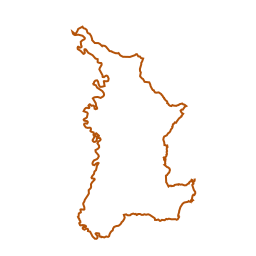 Paicol, Huila, Colombia, rotated 263°
{"feature_id": "7082276B2042357516453", "entity_name": "Paicol", "entity_type": "district", "adm_level": 2, "iso_a3": "COL", "parent_name": "Colombia", "parent_adm1": "Huila", "projection": "albers", "projection_center": [-75.733, 2.405], "detail": "fine", "context": "isolated", "style": "outline", "palette": "amber", "viewbox_px": 256, "rotation_deg": 263, "n_neighbors": 0, "source": "geoboundaries", "source_scale": "gbopen_adm2", "svg_char_len": 5736}
<svg xmlns="http://www.w3.org/2000/svg" viewBox="0 0 256 256"><g transform="rotate(263 128 128)"><path d="M156.6,165.5L157.6,165.1L159.6,162.8L159.6,160.5L159.9,159.3L161.2,158.5L162.3,158.2L162.7,157.2L163.9,156.6L166.9,155.5L168.4,155.4L170.7,154.7L171.8,150.1L174.8,148.9L175.4,148.0L177.5,146.5L178.0,146.3L181.6,147.5L183.0,146.9L185.1,147.0L189.5,148.9L191.0,149.1L192.4,150.2L195.1,151.5L195.8,149.5L197.5,148.5L197.8,147.0L200.2,145.8L200.2,144.9L199.4,143.7L198.3,138.6L199.3,131.7L201.0,129.2L203.5,127.8L203.3,127.4L203.8,124.7L205.5,121.5L206.1,121.1L206.6,119.1L211.3,116.1L212.3,115.0L212.9,112.8L212.4,112.3L215.0,110.2L215.9,108.8L216.4,105.4L219.6,103.1L220.8,103.2L223.8,102.6L226.3,101.4L226.7,100.3L227.6,99.4L230.5,98.9L231.8,97.6L232.2,96.5L233.0,95.6L234.1,95.2L232.4,90.7L230.0,89.3L228.2,87.7L228.0,87.1L228.2,86.5L230.2,84.6L228.3,84.9L227.1,86.0L226.7,86.8L226.7,90.0L225.1,94.1L222.9,96.0L222.3,96.1L221.4,95.6L220.6,93.4L219.3,91.6L216.1,91.5L215.1,91.9L214.2,91.8L213.8,91.2L213.6,90.0L214.7,88.8L214.7,88.2L213.7,87.7L212.4,87.8L210.3,90.4L207.0,92.8L207.0,93.2L207.8,94.3L210.8,94.2L211.4,94.5L211.3,95.5L210.9,95.9L207.5,97.7L204.6,101.7L200.9,104.2L200.0,106.3L197.2,105.9L196.6,106.4L196.1,107.6L195.7,109.4L195.2,109.6L193.9,109.5L190.8,107.2L189.7,106.7L183.2,109.2L182.0,109.0L181.7,109.1L181.4,110.3L182.5,112.2L182.6,113.2L181.8,114.1L179.3,114.8L177.3,114.1L177.0,113.5L177.0,111.9L177.5,110.0L177.3,109.7L172.5,109.9L172.1,107.2L172.2,105.5L172.6,105.0L175.0,104.2L177.8,103.9L179.1,103.1L179.0,101.4L178.1,100.2L176.3,99.4L176.2,99.0L175.4,99.1L174.3,101.3L171.8,102.3L167.8,107.0L165.6,108.2L164.0,108.3L163.2,108.0L162.4,107.2L161.2,104.5L162.5,101.7L162.6,99.0L162.3,97.7L161.7,96.7L156.6,99.0L153.5,99.1L151.7,99.8L151.0,99.7L150.6,98.2L151.2,97.2L153.7,97.2L154.6,96.1L154.5,94.5L156.2,93.0L155.9,92.3L155.1,91.5L153.4,92.2L152.6,91.9L152.5,91.3L153.1,89.7L153.0,88.6L152.2,87.4L150.1,86.0L148.3,89.4L147.2,89.8L143.6,88.5L142.9,87.4L142.3,85.6L141.6,85.0L140.6,85.5L139.7,88.4L139.0,88.8L138.2,88.7L137.3,87.8L137.8,86.6L137.6,85.2L136.7,84.8L135.7,85.1L133.7,86.3L133.0,88.0L133.0,90.2L132.2,91.1L130.8,91.0L129.7,90.3L128.8,91.0L127.8,93.3L126.9,93.4L125.7,92.9L124.7,93.1L124.6,93.9L126.5,95.5L126.6,95.9L123.9,98.2L123.4,98.0L123.1,96.9L123.7,95.1L123.6,93.9L120.3,91.4L119.4,91.5L118.3,92.6L118.4,94.1L119.4,95.4L121.5,95.8L121.8,97.5L121.2,99.1L119.9,99.4L119.1,98.9L118.2,97.0L116.5,95.8L114.0,97.1L112.3,97.0L111.0,95.6L110.0,93.0L108.3,93.0L104.8,95.3L103.5,95.6L101.8,94.5L100.9,93.4L100.0,90.3L98.4,88.9L97.1,88.4L95.9,88.6L95.2,90.0L96.7,92.3L97.1,94.0L96.7,94.5L93.8,92.3L93.0,92.2L90.1,91.1L88.9,89.4L86.5,88.6L84.5,86.5L83.2,85.7L82.5,86.0L81.7,88.5L80.8,88.6L78.3,85.6L76.7,84.4L74.0,84.2L72.8,83.6L71.1,81.4L67.9,81.2L66.8,80.5L62.0,76.4L60.4,75.7L58.7,74.4L57.7,74.3L54.7,75.0L52.6,74.8L52.3,74.3L53.0,71.4L52.8,70.9L50.0,70.9L49.2,68.8L46.4,68.2L45.9,67.5L44.2,68.1L44.1,68.5L42.7,68.6L41.4,69.3L40.1,69.2L39.8,68.2L39.4,68.0L37.4,68.6L37.1,69.0L37.2,70.9L36.9,72.5L36.1,74.1L35.3,74.3L34.9,73.9L35.1,71.7L34.9,71.2L34.2,70.8L33.4,71.0L32.4,72.3L33.1,74.3L32.8,75.7L31.8,76.0L30.6,75.7L29.7,77.8L24.7,79.6L22.1,81.7L21.9,83.2L22.3,83.9L23.0,84.4L24.4,84.5L27.0,82.9L27.4,83.2L27.5,83.9L26.9,86.3L26.2,86.6L24.8,86.4L23.6,87.0L23.6,87.8L22.9,88.2L23.1,88.9L22.3,91.2L23.0,93.2L22.5,94.3L22.4,95.2L23.0,96.1L24.7,96.7L26.6,98.0L27.6,99.1L28.2,100.3L30.1,101.0L31.5,102.2L32.1,104.5L32.1,106.7L33.4,108.8L34.9,110.1L35.2,110.1L36.2,111.6L38.2,113.2L39.5,113.8L42.3,113.3L42.5,115.7L41.5,116.8L41.2,118.2L41.2,119.7L42.0,120.7L42.4,122.7L41.6,124.4L41.8,125.2L40.6,126.0L40.8,126.8L41.4,127.5L41.2,129.4L40.1,131.0L40.0,132.6L40.4,133.6L39.7,135.4L39.9,137.5L39.2,138.9L35.5,143.2L35.0,143.6L33.5,143.6L33.2,145.2L33.5,146.9L31.9,148.4L31.9,149.0L32.7,150.4L32.0,153.2L33.1,154.9L32.6,156.1L33.0,157.5L32.1,160.0L31.7,164.1L31.0,165.1L31.3,166.2L33.4,167.8L33.8,167.4L34.5,167.6L34.7,167.2L35.0,167.4L35.4,167.2L38.6,168.6L39.2,168.6L43.1,170.4L46.2,173.0L47.2,174.8L47.4,178.1L47.7,179.0L48.0,179.2L47.4,180.0L47.4,180.7L47.0,181.3L48.2,181.5L48.7,181.9L48.6,182.2L48.1,182.1L47.7,182.7L48.2,183.0L48.4,183.7L49.8,182.8L52.8,183.8L53.8,184.7L53.3,185.4L53.5,185.8L55.0,186.8L56.4,186.9L58.5,185.8L63.6,184.8L64.7,186.2L65.6,185.8L67.3,187.4L67.7,187.7L68.7,187.9L68.7,187.7L67.3,187.4L67.2,186.0L67.3,185.4L68.7,185.2L68.9,184.8L67.4,184.0L67.2,182.9L66.2,181.8L65.5,181.7L65.3,180.6L64.1,178.7L64.2,177.0L65.4,174.7L65.4,173.0L66.1,171.7L65.5,170.9L66.0,170.2L65.8,167.3L65.0,166.5L65.0,163.9L65.4,163.8L65.6,162.9L65.6,162.0L65.0,161.1L68.6,159.8L69.4,159.3L75.9,159.8L76.3,160.2L76.5,161.0L78.2,162.5L78.7,163.4L81.2,164.5L82.8,164.2L84.1,162.9L84.4,162.1L87.0,159.7L87.3,160.5L88.0,160.7L88.6,160.5L91.1,161.1L91.8,160.9L92.1,161.4L92.4,161.4L91.6,160.2L92.2,159.9L93.3,160.2L94.2,159.8L94.4,160.1L93.9,160.6L95.1,162.3L95.9,162.9L96.8,162.8L97.4,163.5L99.5,163.4L100.3,164.0L101.8,163.8L103.6,164.1L104.2,164.9L105.7,164.8L105.4,164.0L106.4,163.3L106.6,162.1L109.5,162.2L112.1,161.6L114.0,162.2L115.1,162.9L116.0,165.6L117.9,167.2L118.5,168.5L119.5,169.5L121.4,170.5L122.4,171.7L123.2,172.2L123.9,172.0L124.5,172.7L125.6,172.8L126.6,173.5L126.8,174.4L127.8,175.1L127.4,176.0L127.4,176.5L128.1,176.8L131.3,179.8L132.9,182.5L133.3,182.4L135.4,184.5L136.3,183.4L137.7,182.6L138.8,182.3L139.7,183.4L139.5,184.6L142.2,187.0L142.7,188.5L144.3,186.9L144.6,185.8L145.7,184.8L145.3,182.0L144.6,181.0L144.5,179.7L144.1,178.7L144.6,176.3L145.3,174.8L144.5,173.8L144.9,172.5L146.0,171.3L147.2,170.9L147.9,169.9L148.8,170.2L149.9,169.8L151.0,168.6L152.3,168.0L152.8,167.4L153.6,167.5L154.4,166.7L156.1,166.1L156.6,165.5Z" fill="none" stroke="#b45309" stroke-width="2"/></g></svg>